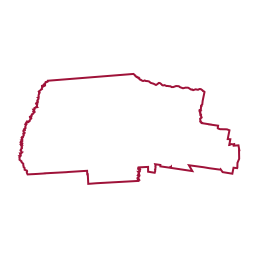 Río Cuarto, Córdoba, Argentina (Equal Earth projection), rotated 87°
{"feature_id": "61730980B70788741625134", "entity_name": "Río Cuarto", "entity_type": "district", "adm_level": 2, "iso_a3": "ARG", "parent_name": "Argentina", "parent_adm1": "Córdoba", "projection": "equal_earth", "projection_center": [-64.58, -33.271], "detail": "fine", "context": "isolated", "style": "outline", "palette": "rose", "viewbox_px": 256, "rotation_deg": 87, "n_neighbors": 0, "source": "geoboundaries", "source_scale": "gbopen_adm2", "svg_char_len": 5679}
<svg xmlns="http://www.w3.org/2000/svg" viewBox="0 0 256 256"><g transform="rotate(87 128 128)"><path d="M170.1,87.1L174.4,66.0L168.4,69.1L171.2,54.2L172.4,48.9L174.1,39.9L174.4,37.9L174.1,37.7L177.0,35.8L179.1,26.2L173.2,24.7L173.8,21.1L173.4,20.9L168.5,20.5L164.6,18.6L156.0,18.3L156.0,18.0L151.1,18.6L151.2,23.4L149.9,23.4L149.9,22.8L149.6,22.8L149.8,24.1L149.5,25.8L149.9,26.6L150.0,27.3L150.3,27.5L150.3,27.8L144.6,26.4L144.3,29.0L135.6,26.8L134.5,29.3L134.0,36.1L133.7,36.8L133.3,37.9L132.8,38.4L130.4,37.9L128.8,46.0L128.7,45.9L127.0,54.0L126.7,53.9L126.6,54.4L125.9,55.0L125.5,55.1L125.4,54.9L125.0,55.1L125.0,55.5L123.9,55.3L122.8,55.5L122.6,55.5L122.5,55.3L122.0,55.0L121.7,54.2L121.2,53.9L121.0,54.1L119.9,54.4L119.4,54.8L119.1,54.6L118.9,54.8L118.8,54.6L118.6,54.6L118.2,54.4L117.4,55.2L116.4,55.0L116.0,55.4L115.3,55.6L115.2,55.4L114.9,55.4L114.9,55.2L114.6,55.3L114.5,55.0L114.3,55.3L114.1,55.0L113.7,55.2L113.5,54.3L109.8,53.9L109.9,53.4L108.7,53.1L108.3,52.6L104.7,52.0L96.0,49.7L95.3,50.4L95.0,51.2L94.3,51.6L93.1,53.1L92.8,54.2L92.9,54.9L93.4,55.7L93.4,56.6L92.9,58.4L93.6,61.0L92.8,62.1L93.0,62.8L92.6,63.5L91.1,65.5L90.9,66.0L90.7,68.3L91.2,71.0L90.1,73.6L89.7,74.3L89.3,74.5L88.9,75.3L88.6,77.8L89.5,80.7L89.4,82.4L88.6,83.3L88.3,85.4L88.1,86.0L88.1,87.3L87.1,89.3L87.3,90.5L87.2,91.2L86.8,91.8L86.1,92.3L85.0,93.5L84.6,94.5L84.6,94.9L85.7,96.3L86.5,97.8L85.1,100.2L84.1,103.0L82.6,104.6L82.2,106.0L82.0,107.8L81.4,108.8L81.8,110.0L81.8,110.7L81.1,112.1L80.6,112.5L80.5,113.1L80.3,113.4L80.1,113.7L79.9,113.7L79.6,114.0L79.1,114.1L79.2,114.4L78.6,115.2L78.4,115.2L78.1,115.1L77.9,115.7L77.4,116.3L77.5,116.6L77.2,116.7L77.1,117.0L76.9,117.6L76.0,117.9L75.8,118.4L75.5,118.5L74.3,119.7L76.6,205.4L76.9,205.4L77.2,206.0L77.5,205.9L77.8,206.5L77.7,206.9L77.8,207.7L78.2,207.7L78.7,208.2L79.1,208.3L79.1,208.6L79.3,209.0L79.7,209.2L80.2,209.8L80.4,209.7L80.7,209.3L80.9,209.0L80.9,208.6L81.2,208.6L81.3,208.9L81.6,209.4L81.5,209.7L81.7,209.9L81.6,210.2L81.2,210.2L81.6,210.7L81.5,211.1L81.3,211.4L81.4,211.7L81.7,211.7L81.9,211.4L82.4,211.6L82.9,211.3L83.6,211.9L84.1,212.1L84.6,211.9L85.3,213.1L86.0,213.7L86.2,214.2L86.9,215.2L87.5,214.9L88.1,215.0L88.3,214.5L90.3,215.5L90.9,215.6L92.4,215.5L92.6,215.7L92.9,216.3L93.2,215.9L94.1,215.8L95.7,217.1L96.2,216.9L96.7,217.1L96.8,216.7L97.3,216.9L97.8,216.8L98.2,217.3L97.9,217.8L98.7,218.6L99.0,218.5L99.1,217.4L99.3,217.3L100.6,217.7L101.8,217.7L101.9,218.3L102.1,218.4L102.5,217.8L102.6,218.1L102.5,218.6L102.5,219.1L103.0,219.6L103.1,220.3L103.3,220.5L104.2,220.3L104.4,220.4L104.7,220.8L104.7,221.6L105.1,221.4L105.3,220.9L106.0,221.3L106.4,220.9L106.6,220.5L107.1,220.4L107.2,220.6L107.1,221.2L107.1,221.5L107.7,221.2L108.6,221.8L109.1,222.5L109.3,223.3L109.8,223.5L110.8,223.5L111.2,223.7L111.4,224.0L111.2,224.6L111.6,225.1L111.7,225.4L112.0,225.4L112.7,225.1L112.5,224.9L112.3,224.3L112.6,224.2L113.2,224.0L113.4,224.1L113.4,224.4L113.6,224.6L113.8,225.0L114.4,225.1L115.5,226.0L116.0,226.0L116.2,226.9L116.9,227.1L117.0,227.6L116.9,228.0L116.4,228.1L116.2,228.4L116.6,228.6L116.8,229.0L117.8,229.7L118.0,229.3L118.7,229.1L118.9,229.4L118.6,229.6L118.5,229.8L118.9,230.2L119.1,229.8L119.4,229.9L119.6,229.7L121.3,230.5L122.6,230.3L122.8,230.7L123.0,230.7L123.3,231.0L123.4,231.5L123.6,231.7L123.8,231.6L123.7,231.4L124.1,231.1L124.5,231.1L124.4,231.5L124.7,232.3L125.2,232.6L126.3,232.6L127.1,231.5L127.5,231.5L128.1,231.8L128.4,232.2L128.5,232.8L128.8,232.7L129.9,232.5L130.5,233.0L131.6,233.3L131.8,233.6L131.5,234.3L132.1,234.8L132.3,234.7L132.7,234.4L133.6,234.6L133.7,234.4L133.9,234.6L134.3,234.3L134.6,234.3L135.0,234.4L135.0,234.5L135.3,234.2L135.6,234.2L135.7,234.3L135.5,234.6L136.0,235.1L136.1,235.7L136.4,235.7L136.8,236.1L137.1,236.1L137.3,235.9L137.0,235.5L136.8,235.5L137.1,234.9L137.7,234.6L137.9,234.3L138.4,234.5L138.2,235.0L138.4,235.2L138.8,235.0L138.7,235.3L138.8,235.5L138.9,235.3L139.4,235.5L139.6,235.2L139.9,235.5L140.0,235.4L140.0,235.0L141.0,235.2L141.1,234.9L141.4,234.8L141.9,235.1L142.7,235.0L142.9,235.3L142.8,235.5L143.7,235.8L143.9,236.0L144.1,236.3L144.8,236.5L145.3,235.9L145.5,236.0L146.1,235.7L146.6,235.6L146.6,235.4L146.7,235.1L147.2,235.7L147.2,236.0L147.5,236.3L147.7,236.8L148.1,236.7L148.2,236.9L148.1,237.1L148.6,237.0L148.6,236.6L149.1,237.0L149.6,236.8L149.8,236.9L150.1,236.6L150.6,237.0L150.6,237.5L150.4,237.6L150.4,237.8L150.7,237.6L151.4,238.0L151.7,237.8L154.0,238.0L155.7,236.1L156.2,236.2L157.1,235.6L158.1,234.5L160.0,234.5L160.3,234.3L161.5,234.3L162.4,233.4L164.3,233.4L165.3,231.2L165.9,231.0L166.5,231.3L167.3,231.4L169.1,230.7L169.1,221.1L169.0,213.4L168.9,213.4L168.9,211.4L168.9,192.1L168.8,189.7L168.6,171.1L172.1,171.1L172.1,170.6L181.7,170.6L181.5,162.0L181.4,122.8L181.4,121.1L181.2,121.0L181.4,120.2L181.2,120.1L180.8,120.4L180.6,120.3L180.5,120.2L180.4,119.5L180.1,119.6L179.9,120.3L180.1,120.7L180.0,120.9L179.7,120.9L179.2,120.2L178.8,120.2L178.4,121.1L178.2,121.0L178.3,120.4L177.9,120.1L177.1,120.0L177.0,119.5L176.8,119.3L176.2,119.3L176.2,119.8L175.8,120.5L175.3,119.9L175.3,119.2L175.0,119.3L175.1,119.8L175.0,120.0L174.8,119.9L174.7,119.4L174.4,119.4L174.5,119.9L173.8,119.5L173.3,119.9L173.0,119.9L172.8,119.6L172.4,119.9L172.5,119.1L172.0,118.5L171.6,118.5L171.4,119.1L170.8,118.4L170.1,118.0L169.9,118.1L170.1,118.7L169.7,119.4L169.4,118.9L169.2,118.8L168.9,119.0L168.8,119.6L168.9,119.9L168.8,120.0L168.4,119.9L168.2,119.4L167.9,119.4L167.9,110.0L172.7,110.2L174.1,103.7L172.5,103.1L171.5,103.1L170.9,102.9L170.7,103.1L170.4,102.9L168.5,102.5L167.8,102.7L167.1,102.4L165.6,102.8L166.6,97.6L168.0,97.7L169.8,88.5L169.6,88.5L169.3,88.1L169.7,87.7L169.1,87.1L170.1,87.1Z" fill="none" stroke="#9f1239" stroke-width="2"/></g></svg>